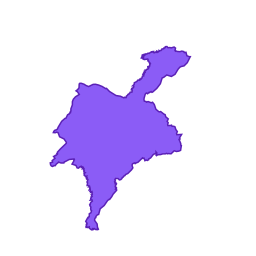 Kumphawapi, Udon Thani, Thailand, rotated 234°
{"feature_id": "78962969B78626790944286", "entity_name": "Kumphawapi", "entity_type": "district", "adm_level": 2, "iso_a3": "THA", "parent_name": "Thailand", "parent_adm1": "Udon Thani", "projection": "equal_earth", "projection_center": [102.971, 17.074], "detail": "fine", "context": "isolated", "style": "filled", "palette": "violet", "viewbox_px": 256, "rotation_deg": 234, "n_neighbors": 0, "source": "geoboundaries", "source_scale": "gbopen_adm2", "svg_char_len": 5772}
<svg xmlns="http://www.w3.org/2000/svg" viewBox="0 0 256 256"><g transform="rotate(234 128 128)"><path d="M171.7,206.3L171.7,205.6L171.2,205.4L171.2,205.0L171.8,204.5L171.4,204.6L171.2,203.8L171.5,203.7L171.2,203.3L172.0,201.9L171.4,201.1L171.3,200.3L171.6,200.1L171.7,199.1L172.4,198.7L171.8,198.4L171.8,197.4L172.0,197.6L172.1,197.2L172.8,196.8L172.2,196.7L172.4,195.6L173.2,195.6L173.2,193.4L173.4,193.8L173.7,193.2L174.1,193.2L174.8,193.8L175.3,193.0L175.0,192.5L175.6,191.8L176.3,192.2L175.6,191.2L176.0,190.4L175.9,189.0L176.8,188.2L176.6,187.5L177.0,186.8L177.1,185.3L177.8,185.4L177.8,184.8L177.2,184.1L177.7,183.4L178.1,183.6L178.0,182.8L178.4,183.1L178.6,182.7L178.2,182.6L178.1,181.7L177.7,181.5L177.8,182.6L176.9,182.8L177.2,180.5L176.8,179.9L176.5,180.3L176.8,181.1L176.5,180.9L175.8,181.9L175.5,181.7L175.9,181.4L175.1,180.7L173.8,181.4L172.2,184.5L171.2,184.3L170.7,183.5L170.0,184.0L167.7,183.5L167.6,184.0L166.8,183.9L166.5,182.9L165.4,182.0L166.0,180.1L164.8,179.4L164.5,180.1L164.1,179.5L164.0,178.5L164.5,177.5L164.1,176.6L164.7,175.9L164.0,175.6L164.3,174.7L163.2,174.5L163.7,173.8L163.5,173.4L163.0,173.6L163.1,172.7L162.6,172.8L162.5,171.4L162.2,171.4L162.4,171.9L162.0,172.3L161.7,171.5L161.0,171.4L161.4,170.0L160.2,168.7L160.5,167.6L159.8,167.1L159.9,166.1L160.2,166.4L160.7,166.1L160.3,164.9L161.0,163.9L160.4,162.6L160.9,159.7L159.6,158.6L159.4,156.8L159.0,157.4L158.5,156.9L157.6,157.2L157.9,156.9L157.4,156.0L157.8,155.1L157.5,154.8L157.7,154.3L157.1,153.9L157.4,153.7L157.1,153.3L156.8,153.9L156.0,153.5L156.0,154.0L155.7,153.1L154.9,152.6L154.7,152.2L155.7,150.9L155.0,149.4L155.2,149.1L155.0,148.8L155.0,148.1L155.2,147.7L154.8,146.9L154.7,145.3L153.9,144.8L153.7,144.2L154.9,143.3L154.8,142.4L158.2,140.5L161.3,137.4L168.4,134.5L172.7,133.9L173.0,133.1L176.8,131.5L180.0,129.5L182.5,127.4L183.8,125.4L184.7,120.5L187.1,119.0L189.2,118.2L191.6,116.5L192.5,115.3L192.3,114.4L189.3,112.0L188.7,109.9L188.6,107.8L186.9,108.4L183.8,108.3L184.1,103.8L183.4,100.7L182.0,98.5L179.4,96.6L177.0,93.0L175.5,92.0L175.2,91.1L174.8,91.1L174.5,90.0L174.2,90.1L174.2,88.9L173.9,88.7L174.2,86.9L172.4,83.6L172.8,82.6L172.4,78.3L169.8,72.2L168.6,70.1L168.6,69.2L169.2,67.4L168.9,66.0L168.2,64.9L166.9,66.4L166.6,67.7L165.4,68.7L161.1,67.5L156.8,69.8L152.7,69.7L151.9,69.1L150.8,61.0L149.9,56.6L149.0,56.2L149.1,55.4L148.3,55.4L148.2,53.3L148.6,53.2L148.5,51.6L148.7,51.1L146.4,51.1L146.2,47.5L144.7,46.9L145.5,44.6L143.7,43.7L142.3,43.7L141.2,44.4L141.0,46.1L140.3,46.9L141.0,49.0L141.0,51.0L141.3,51.7L139.1,53.2L137.4,55.6L138.0,56.5L137.7,57.5L137.1,61.9L134.6,66.2L133.9,66.0L133.8,65.2L133.2,64.9L131.7,61.5L128.3,63.9L125.6,63.4L124.6,64.4L124.9,66.2L124.5,66.7L125.0,67.4L124.6,67.2L124.6,67.7L123.5,68.1L123.3,67.7L123.1,68.3L122.7,67.9L122.3,68.4L122.0,68.0L121.7,68.2L121.6,67.5L121.0,68.5L120.8,68.4L121.0,68.0L120.6,68.1L120.1,67.4L119.2,67.5L118.9,66.8L117.9,66.9L117.6,66.2L117.0,66.9L116.8,65.8L115.6,64.8L115.0,65.2L114.0,65.0L113.4,66.1L113.3,65.7L112.7,65.8L112.9,65.3L112.5,65.2L112.4,64.5L112.1,65.6L111.6,65.4L111.5,64.8L110.4,65.2L110.5,64.7L109.8,64.9L108.8,64.1L108.8,63.6L108.3,63.0L107.4,63.1L105.5,61.1L104.3,62.5L103.6,62.5L103.5,62.1L103.3,62.6L102.4,62.2L102.5,61.9L101.7,61.9L101.1,60.9L101.1,61.7L100.2,61.2L99.5,60.6L99.3,60.0L98.6,60.0L98.4,60.6L98.0,60.4L98.0,61.3L97.8,60.8L97.7,61.2L97.4,60.8L97.1,61.0L97.0,60.4L96.2,60.6L95.3,60.1L95.4,59.4L95.1,59.6L94.3,58.4L94.2,58.8L93.8,58.8L93.8,57.5L93.2,57.4L93.0,56.5L92.1,56.0L91.8,55.1L90.9,56.6L89.8,56.2L89.7,54.3L88.8,52.8L88.7,52.2L88.1,52.3L87.6,51.5L85.8,51.5L85.0,50.6L83.4,49.7L82.5,49.9L81.2,48.1L81.4,46.3L79.0,44.5L79.3,43.5L78.7,42.8L79.0,42.5L77.3,38.9L75.0,38.9L74.6,37.7L74.2,37.4L73.9,37.7L72.8,35.9L72.3,35.7L72.0,36.5L71.5,36.5L71.6,37.1L71.1,37.4L70.8,38.6L69.7,37.8L67.1,38.6L67.0,39.4L67.4,40.1L67.1,40.2L66.9,40.8L66.3,40.3L66.3,41.7L65.1,42.0L64.3,42.8L64.4,43.7L63.5,43.8L63.5,44.5L65.7,45.0L68.5,46.6L72.9,46.7L74.0,47.6L74.5,48.6L74.4,49.3L75.3,50.0L75.8,52.4L75.3,53.4L79.0,58.0L79.3,63.2L81.3,68.8L81.4,71.0L81.0,71.2L82.0,74.5L83.2,77.0L84.3,82.2L84.7,82.5L85.5,82.1L85.8,82.7L86.0,82.4L86.3,83.5L87.2,83.5L87.3,83.0L88.5,83.5L89.5,85.7L89.8,85.5L90.1,85.8L90.3,85.2L90.6,85.6L91.0,85.1L91.6,85.3L91.8,86.0L92.5,85.7L93.2,87.1L93.9,87.0L94.5,88.2L92.9,90.3L91.1,90.5L90.5,91.8L90.7,93.4L91.3,94.3L91.1,95.3L91.6,96.8L91.3,97.5L91.8,98.7L91.3,101.1L92.1,106.3L92.9,108.5L95.1,109.2L96.2,110.2L96.3,111.2L95.8,113.0L95.0,112.9L94.9,114.6L94.4,115.8L95.3,122.1L94.7,122.1L94.3,123.2L91.6,122.5L91.5,123.8L90.4,124.5L90.2,126.1L90.8,126.5L90.5,128.7L91.7,133.0L91.2,135.4L91.3,136.1L92.1,136.6L90.8,136.7L90.4,135.7L89.5,134.7L88.9,134.8L88.9,136.3L87.3,138.8L86.7,140.8L85.1,143.1L84.8,144.3L83.8,144.9L83.7,145.5L81.8,147.7L82.4,152.0L80.5,153.4L79.4,155.6L79.0,157.4L82.5,160.9L83.1,160.6L84.6,161.6L88.8,162.6L88.5,163.6L89.8,164.1L91.3,167.6L93.9,163.6L95.1,164.1L96.1,165.8L98.7,165.8L101.4,166.7L102.4,166.1L103.5,164.6L104.7,164.9L105.1,163.8L106.6,161.7L107.7,162.3L108.6,163.6L110.3,163.5L111.7,165.9L114.9,165.1L117.0,165.9L118.2,165.2L122.1,164.1L122.5,163.0L123.1,162.5L126.8,161.6L131.6,163.1L134.4,163.0L134.8,161.6L137.6,159.8L138.1,158.1L138.9,158.1L140.1,157.0L141.6,157.6L142.7,158.6L145.2,161.8L145.5,163.1L145.3,163.7L144.2,164.0L144.5,166.1L144.0,166.2L143.9,168.1L142.8,168.3L142.6,169.1L143.1,174.5L144.8,180.2L148.4,185.0L148.0,186.7L148.1,190.5L144.2,193.4L143.8,197.6L146.1,203.0L146.7,205.6L146.5,207.1L145.3,209.9L146.0,214.3L149.1,220.3L149.8,219.4L151.9,218.1L155.2,219.4L155.9,217.9L157.0,218.1L158.6,216.7L159.2,214.9L161.1,212.7L162.2,212.1L162.2,211.6L163.0,211.5L164.7,213.4L166.4,212.9L167.5,209.9L168.4,209.3L169.5,207.5L171.0,207.4L171.7,206.3Z" fill="#8b5cf6" stroke="#5b21b6" stroke-width="1.5"/></g></svg>